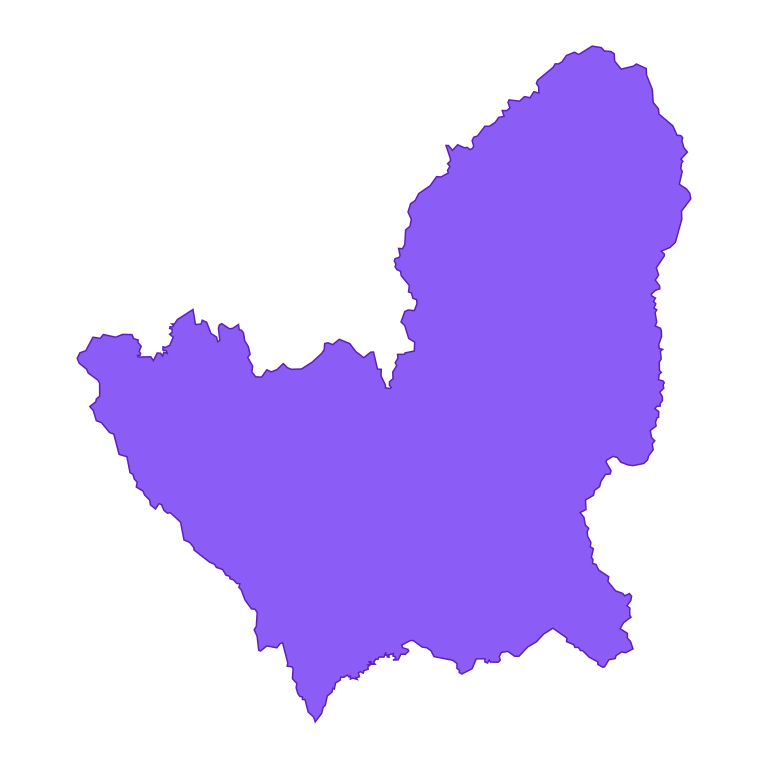 the district of Thong Pha Phum, Kanchanaburi, Thailand
{"feature_id": "78962969B24065395096407", "entity_name": "Thong Pha Phum", "entity_type": "district", "adm_level": 2, "iso_a3": "THA", "parent_name": "Thailand", "parent_adm1": "Kanchanaburi", "projection": "orthographic", "projection_center": [98.674, 14.859], "detail": "fine", "context": "isolated", "style": "filled", "palette": "violet", "viewbox_px": 768, "rotation_deg": 0, "n_neighbors": 0, "source": "geoboundaries", "source_scale": "gbopen_adm2", "svg_char_len": 6090}
<svg xmlns="http://www.w3.org/2000/svg" viewBox="0 0 768 768"><path d="M672.9,125.9L659.0,114.1L658.4,108.8L653.2,102.5L652.3,89.3L646.5,75.0L646.2,68.5L636.4,64.0L633.3,66.2L621.2,69.1L614.7,61.2L614.2,53.8L611.0,51.5L604.4,51.0L601.3,47.6L592.2,46.1L578.7,54.5L574.5,52.2L566.4,55.5L562.0,61.8L558.5,63.9L555.2,63.8L553.2,67.3L537.6,80.2L536.4,83.5L538.6,86.6L538.9,93.0L533.8,91.7L530.1,97.7L524.4,96.6L519.6,101.2L509.1,99.9L508.0,102.4L509.9,108.0L506.7,110.6L502.2,110.5L504.1,116.3L498.7,117.4L495.2,122.4L489.4,126.2L484.9,126.2L477.5,136.0L473.7,137.2L472.1,140.7L473.7,146.1L472.3,148.6L469.8,149.6L467.5,147.5L464.1,147.7L457.7,144.7L452.5,150.3L448.4,145.5L446.0,145.5L450.4,158.6L450.4,161.1L447.6,163.6L449.9,166.5L447.5,170.3L448.3,173.0L440.9,177.0L436.6,176.6L430.2,185.7L418.7,193.6L415.3,200.4L410.6,203.7L408.0,212.0L411.3,219.2L410.0,226.2L405.6,230.0L404.8,244.5L402.5,248.7L398.6,248.4L400.1,255.6L398.9,257.5L395.1,258.6L394.3,261.1L395.9,264.1L395.1,266.8L396.9,269.6L400.5,271.3L401.2,275.7L409.3,285.4L408.5,291.9L411.5,293.1L412.9,298.4L416.6,299.6L417.0,303.7L414.3,310.6L408.1,310.0L404.8,311.5L401.0,322.0L404.7,325.4L408.7,338.4L414.7,342.2L414.3,351.0L405.1,352.9L404.5,354.3L397.5,354.4L398.0,358.1L395.2,362.7L396.7,365.7L392.8,371.9L393.0,378.8L389.5,381.7L389.4,385.1L391.2,387.5L390.2,388.5L385.4,387.8L385.4,384.9L381.0,376.0L381.3,369.3L377.5,369.1L373.5,352.0L370.6,352.2L363.8,357.7L355.9,351.7L349.8,343.6L339.3,339.3L332.7,344.6L328.0,342.8L324.7,343.5L324.2,349.7L321.7,353.4L312.4,362.0L301.5,369.0L291.4,369.3L287.6,367.8L283.3,363.6L277.0,369.6L271.4,371.9L266.8,369.8L261.6,377.1L255.7,376.8L251.9,372.0L252.6,366.1L247.7,357.3L250.1,354.3L248.4,346.8L244.7,340.6L243.5,333.0L241.6,330.3L239.2,329.7L238.5,324.5L232.6,328.4L229.5,328.8L221.7,323.6L219.4,325.0L218.4,328.1L219.8,340.5L217.7,341.7L216.6,337.1L210.9,333.4L206.7,322.3L202.3,320.2L201.0,324.1L195.5,324.5L193.0,309.5L177.4,319.5L174.5,323.9L171.8,324.0L173.5,325.4L172.4,326.9L170.0,326.7L169.6,328.5L172.1,329.2L172.1,332.3L169.6,334.3L173.2,337.2L169.7,345.3L165.4,347.4L163.0,346.8L162.9,350.0L166.2,350.7L167.2,353.4L163.9,352.2L162.6,356.0L160.5,353.2L157.2,353.0L153.4,360.7L150.8,356.8L138.3,357.0L137.5,355.5L140.1,355.2L140.6,353.5L139.2,351.4L141.2,346.3L137.9,342.4L138.2,340.0L133.6,338.6L132.0,334.6L122.7,334.4L115.7,337.2L103.4,334.5L100.2,338.4L93.0,337.2L85.8,350.7L79.9,352.8L77.2,358.3L79.2,363.2L86.7,369.3L88.2,373.0L98.0,380.2L99.6,383.2L99.7,396.2L96.3,399.0L95.9,401.7L89.8,406.5L93.3,410.6L96.3,420.7L101.5,422.6L109.4,432.4L113.8,434.1L119.1,454.4L126.9,456.7L130.0,472.6L133.0,474.4L134.3,479.0L137.2,482.3L136.3,487.1L143.0,491.1L144.6,495.0L149.6,500.0L150.4,504.8L155.5,509.0L158.8,503.7L161.6,504.6L163.8,510.2L167.4,513.2L170.4,512.7L180.6,522.2L184.0,540.0L189.6,542.4L193.9,547.6L194.0,550.0L209.7,562.2L214.5,564.3L216.4,567.4L222.7,569.5L225.9,575.1L229.7,576.3L230.0,578.7L233.5,579.9L236.8,583.5L239.8,583.7L238.9,587.5L241.0,589.4L245.2,600.3L251.5,608.9L255.0,609.2L257.2,612.6L256.3,626.3L254.2,629.9L257.1,636.2L258.7,650.3L260.6,651.0L266.8,645.9L276.8,647.8L280.2,643.5L282.6,642.7L287.8,663.1L287.2,666.2L291.9,666.8L293.1,668.9L292.4,678.7L296.9,683.5L296.1,687.6L297.8,693.4L299.8,696.4L302.4,696.9L302.4,699.5L305.0,699.6L308.2,712.0L313.7,717.1L315.2,721.9L321.7,713.3L323.1,707.4L325.3,705.1L327.3,696.0L332.0,692.0L332.9,688.3L334.3,689.0L335.6,682.9L340.2,680.1L340.8,677.1L344.1,677.2L347.2,675.1L348.8,676.8L350.4,676.2L350.3,679.1L352.7,678.1L357.2,679.4L356.1,677.7L359.5,676.7L358.4,672.8L360.3,671.7L363.3,673.1L363.9,670.6L368.2,669.2L367.8,667.0L369.5,665.5L368.2,664.9L370.6,664.4L369.0,661.8L370.7,661.5L372.1,664.2L375.1,664.2L373.7,662.5L375.8,659.0L377.9,659.4L379.0,657.0L383.9,657.1L385.9,652.2L385.5,655.1L387.9,655.3L387.2,656.7L389.0,657.3L389.0,654.7L393.4,653.6L392.9,656.0L395.2,656.7L395.7,658.6L393.0,660.1L398.2,659.8L400.9,654.2L405.4,654.3L408.7,651.1L408.1,649.5L402.7,647.7L401.6,645.2L410.4,640.5L413.3,640.6L422.2,647.1L426.9,647.8L430.9,650.6L434.0,656.6L452.8,660.3L457.0,663.6L456.9,668.3L459.5,670.4L459.2,672.4L461.9,674.0L472.2,668.6L476.2,658.9L484.9,658.8L484.9,661.9L487.5,663.0L489.2,660.2L490.4,662.1L498.3,662.2L500.2,660.2L499.3,656.5L501.4,652.4L507.9,651.4L514.5,656.2L518.9,656.3L527.8,646.9L536.3,641.9L543.7,634.0L552.9,628.2L567.0,638.1L566.5,641.6L573.8,644.7L574.9,647.4L578.5,647.5L580.3,650.5L582.8,650.8L589.2,657.2L597.7,661.8L597.9,664.5L602.8,667.3L604.6,666.8L608.9,659.7L615.1,658.6L616.1,655.6L621.7,651.9L625.6,652.7L633.0,648.9L630.5,641.4L627.4,638.1L627.4,633.3L620.1,628.7L623.6,622.6L631.0,617.2L629.7,614.9L629.8,607.9L626.9,605.8L630.8,600.5L631.6,596.2L629.4,593.6L624.6,595.8L622.7,593.4L615.6,590.9L607.9,581.5L608.7,576.7L598.6,570.0L596.0,564.4L592.6,563.4L592.9,559.5L591.4,557.2L593.4,548.7L590.3,546.8L590.9,542.4L587.6,536.4L587.2,531.5L588.7,528.3L585.3,525.0L583.9,517.2L580.0,512.6L586.0,509.6L585.5,499.9L593.5,495.3L594.5,490.4L599.6,486.6L600.9,481.5L605.4,474.5L610.1,474.0L611.1,470.9L606.1,462.1L606.5,460.3L612.8,456.4L617.2,457.4L620.8,462.2L627.7,464.8L633.0,465.6L643.7,463.5L647.6,459.9L648.6,455.8L653.2,449.7L652.2,443.9L654.8,440.8L651.6,437.6L650.3,430.5L656.1,426.0L655.5,422.2L657.1,417.7L658.6,417.2L658.7,411.5L654.9,408.7L656.9,406.2L660.1,406.1L660.1,403.6L662.4,400.7L662.4,396.7L659.7,392.2L663.8,388.2L663.1,384.8L664.2,382.9L663.3,381.1L658.5,379.6L659.2,374.4L661.3,372.4L659.4,370.3L659.3,362.1L661.2,358.9L660.4,351.1L662.6,349.4L659.2,348.5L658.8,344.3L661.6,336.4L661.3,330.4L660.4,328.3L655.2,325.9L656.7,322.2L655.1,312.6L656.8,309.8L654.0,308.1L655.8,303.8L653.5,301.4L655.5,298.1L651.8,296.0L651.3,294.2L655.5,290.3L659.8,288.8L659.6,285.9L655.3,280.1L658.6,275.0L656.3,267.8L664.3,255.9L664.4,254.1L661.2,251.2L670.1,247.4L675.4,242.3L681.8,219.2L681.5,211.1L690.8,198.8L689.7,193.2L686.6,189.1L679.3,184.2L682.2,171.5L680.8,168.6L681.6,162.9L682.9,161.4L680.9,159.2L687.4,152.1L683.9,147.7L681.9,140.8L682.7,137.7L680.8,135.6L677.0,135.2L672.9,125.9Z" fill="#8b5cf6" stroke="#5b21b6" stroke-width="1.5"/></svg>